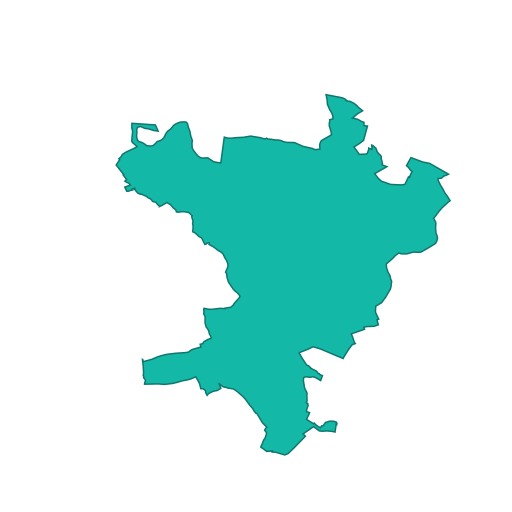 outline of Mociu, Cluj, Romania, rotated 21°
{"feature_id": "2599482B12585032376089", "entity_name": "Mociu", "entity_type": "district", "adm_level": 2, "iso_a3": "ROU", "parent_name": "Romania", "parent_adm1": "Cluj", "projection": "albers", "projection_center": [24.018, 46.791], "detail": "fine", "context": "isolated", "style": "filled", "palette": "teal", "viewbox_px": 512, "rotation_deg": 21, "n_neighbors": 0, "source": "geoboundaries", "source_scale": "gbopen_adm2", "svg_char_len": 6128}
<svg xmlns="http://www.w3.org/2000/svg" viewBox="0 0 512 512"><g transform="rotate(21 256 256)"><path d="M354.2,431.4L356.6,429.1L357.0,428.5L360.0,422.1L366.7,406.5L363.7,405.2L370.9,394.7L377.8,396.6L380.5,395.9L384.9,393.9L389.3,392.6L392.9,392.0L391.2,384.6L391.8,384.6L391.5,383.1L390.7,383.0L390.6,382.3L387.7,382.4L384.4,383.6L383.0,384.5L381.1,386.3L380.8,386.2L380.2,387.5L379.5,390.5L378.1,391.1L377.7,393.3L373.3,392.5L370.1,391.1L369.7,392.0L361.7,390.4L362.2,384.3L362.1,383.0L359.0,383.2L358.4,381.6L358.2,376.7L357.6,376.4L357.3,375.2L355.5,375.0L355.6,372.9L353.2,367.4L353.1,366.3L351.8,364.6L349.6,362.8L347.8,360.6L347.0,358.9L345.1,355.8L344.1,352.8L344.1,352.5L345.2,351.3L346.7,350.6L350.0,349.9L352.2,348.3L355.2,348.2L361.0,349.1L360.9,343.9L358.0,343.8L357.3,343.2L356.4,343.4L355.8,343.1L353.7,341.8L347.2,341.2L347.2,340.8L345.5,340.1L344.1,339.6L342.4,339.7L335.9,335.0L331.0,331.0L331.6,330.2L338.3,324.1L341.4,320.7L342.2,320.2L349.6,319.7L374.1,320.5L374.2,319.0L375.8,310.7L377.6,304.2L378.1,304.0L378.4,303.4L379.4,302.9L380.1,302.1L378.8,301.4L374.9,296.6L372.8,294.6L383.6,285.5L382.2,283.9L384.5,282.3L391.5,279.3L394.9,276.4L391.7,272.1L393.2,271.0L387.9,265.9L387.3,264.7L385.8,259.9L390.0,254.6L391.9,247.5L393.3,238.8L393.0,236.0L392.2,233.3L392.0,231.9L391.6,230.9L389.9,229.1L388.4,226.6L384.9,223.6L382.9,221.2L381.9,219.8L380.6,217.1L380.6,216.6L384.8,208.6L386.0,205.4L388.5,201.8L390.7,202.0L394.5,200.6L396.6,199.6L401.2,196.1L407.0,194.1L408.7,193.1L413.8,186.9L419.0,180.1L419.2,179.5L419.4,176.5L419.1,174.5L417.6,172.0L415.8,170.1L413.4,165.0L412.4,161.5L411.6,160.0L408.4,157.2L410.9,148.6L412.4,144.4L416.1,136.9L417.4,134.8L412.5,131.1L409.7,129.4L405.5,125.7L402.8,123.7L399.0,120.1L398.2,118.5L400.9,117.1L401.4,116.6L402.7,114.1L404.6,112.5L406.4,110.6L384.8,107.3L377.9,108.5L365.4,108.6L364.1,117.7L366.4,118.6L369.9,120.8L371.4,121.1L371.0,125.7L371.3,127.6L370.0,127.5L369.4,135.5L368.5,136.3L366.3,137.5L356.2,140.9L346.2,141.2L342.4,139.7L337.3,136.6L346.2,125.7L341.0,125.7L340.8,124.1L337.8,119.9L337.4,118.3L335.4,117.0L333.4,116.4L333.0,115.9L331.6,115.1L330.0,113.1L329.2,112.4L325.6,111.0L324.3,111.0L325.5,113.4L325.9,115.0L322.6,114.9L322.8,115.4L323.1,116.9L323.1,120.0L323.0,120.7L322.2,121.4L316.0,124.1L308.4,119.1L312.1,114.1L315.0,109.6L313.5,94.7L310.2,95.6L309.9,95.3L308.9,92.5L306.3,92.6L302.1,91.9L296.6,92.7L300.0,86.6L303.5,82.2L298.3,80.5L295.4,79.1L292.4,78.3L287.8,77.9L286.2,78.7L285.6,78.4L284.2,78.7L284.0,77.9L283.7,77.7L280.9,77.4L278.5,77.6L263.6,80.3L266.2,84.3L268.3,88.8L272.3,92.9L275.5,95.4L277.5,97.7L278.7,100.4L275.9,102.4L276.3,103.2L277.0,106.4L278.0,108.6L281.3,112.7L282.9,115.5L282.8,116.0L282.2,116.9L276.3,124.0L275.4,125.7L275.5,129.2L277.4,133.3L273.6,135.3L272.6,135.5L270.0,135.4L260.7,136.8L251.3,136.3L244.0,138.9L241.0,139.4L238.2,139.3L235.7,139.6L231.9,140.9L228.5,141.5L225.5,142.5L223.7,142.2L222.5,143.4L221.4,143.7L217.4,144.0L207.9,146.0L201.9,149.6L195.3,152.5L190.2,155.1L187.2,156.1L183.8,156.4L189.5,180.6L189.7,181.7L188.5,182.1L182.7,183.2L175.8,181.6L170.8,183.8L168.4,184.0L166.7,183.7L164.0,182.4L159.3,179.5L157.7,177.9L155.8,173.7L155.4,171.5L155.1,170.9L152.2,167.5L149.7,163.4L146.4,159.7L144.8,157.2L143.1,156.0L141.0,156.5L137.7,157.9L135.4,159.8L133.5,161.8L132.4,163.4L130.6,168.4L128.6,171.5L127.9,174.7L127.8,175.8L128.0,176.1L127.6,177.5L127.8,178.3L126.5,181.0L125.5,182.4L122.7,184.6L121.9,186.9L120.6,189.4L119.3,190.6L118.0,191.2L114.6,192.1L110.5,191.1L108.0,190.9L106.0,191.1L104.1,190.5L102.2,188.2L101.2,185.9L100.6,183.4L99.5,181.2L99.2,179.3L99.2,178.3L101.8,176.5L106.7,176.7L109.6,175.9L115.5,175.5L119.9,174.5L115.1,169.7L92.6,176.6L94.2,181.0L95.7,183.1L96.4,184.7L97.7,189.6L98.9,193.4L100.1,194.4L105.7,196.4L105.4,197.1L103.2,199.6L97.3,205.7L94.9,208.9L94.4,212.0L93.1,214.3L94.3,215.1L93.9,216.3L92.9,221.2L103.1,227.3L103.3,227.6L103.0,228.0L107.8,231.0L106.8,233.1L109.2,233.6L110.9,233.5L113.3,234.8L108.8,238.7L112.2,241.9L113.7,241.2L115.7,239.5L116.8,238.9L116.3,237.7L118.0,236.6L118.2,237.1L118.5,236.2L120.1,238.1L123.3,239.7L126.1,239.8L126.6,239.3L132.2,239.6L134.4,240.3L137.5,240.6L140.0,242.1L143.4,241.8L145.8,243.3L147.9,243.9L148.1,244.5L149.8,242.8L153.8,237.9L155.3,238.4L157.6,238.6L161.8,240.9L164.4,241.5L165.9,243.3L167.1,243.2L172.5,240.5L177.7,239.5L182.0,241.3L182.0,242.6L184.7,246.0L185.3,248.8L186.3,250.1L187.4,253.1L188.1,255.7L188.6,256.2L190.6,256.2L195.9,258.3L198.4,258.6L199.1,258.9L204.1,263.5L205.3,262.6L206.2,260.9L207.7,260.4L208.0,261.4L208.0,262.1L213.4,262.8L218.9,264.5L222.1,264.9L224.5,265.9L228.4,269.6L229.6,270.2L232.5,273.4L233.3,275.1L233.6,276.4L233.4,282.0L234.8,282.8L236.7,286.5L239.7,290.3L246.3,294.9L248.4,296.0L251.3,296.9L254.2,298.3L255.3,299.2L255.5,299.7L255.5,300.5L252.7,307.9L252.2,310.3L250.9,312.8L245.6,315.9L245.8,316.3L241.5,317.6L234.3,321.4L230.5,322.8L226.3,323.4L226.2,324.3L227.5,327.0L227.9,328.7L230.2,330.8L231.7,335.0L232.7,337.2L235.2,340.4L236.3,340.9L238.5,342.6L240.5,345.6L242.4,347.0L243.0,347.8L243.6,349.1L241.2,350.9L238.7,353.9L238.0,354.9L237.6,357.0L235.5,358.4L237.2,360.7L230.0,366.1L228.4,368.1L228.4,368.4L227.6,369.8L224.1,371.8L215.8,375.6L208.1,379.7L203.8,382.6L200.4,385.3L195.4,390.1L189.5,394.4L188.4,394.7L187.3,393.2L187.0,393.2L190.3,399.5L192.5,404.4L193.3,406.6L193.5,408.0L194.6,409.0L194.8,410.0L196.5,410.9L197.7,412.2L197.4,413.8L197.9,415.6L210.7,410.4L216.5,408.7L223.6,405.0L227.3,402.5L232.0,398.9L236.4,396.2L239.5,393.9L243.0,390.4L247.8,394.2L249.5,396.0L252.0,399.7L254.2,398.9L256.9,399.6L258.0,401.6L260.3,403.6L260.9,401.7L262.4,399.8L265.0,397.3L268.0,395.5L270.6,392.1L266.7,388.0L270.9,389.6L273.2,389.9L274.7,389.4L276.8,389.4L282.6,388.2L286.9,389.2L293.7,391.7L297.3,393.4L303.4,397.4L307.7,399.7L309.6,401.3L312.1,402.8L313.4,402.8L321.8,409.4L327.4,411.9L326.5,414.6L326.5,415.6L328.9,417.0L329.4,418.0L329.6,419.4L329.7,423.3L329.1,424.9L329.1,430.2L328.8,431.3L329.2,433.0L330.5,433.0L336.1,434.6L341.2,432.1L341.3,432.4L340.6,432.9L341.3,433.3L344.3,432.2L354.2,431.4Z" fill="#14b8a6" stroke="#0f766e" stroke-width="1.5"/></g></svg>